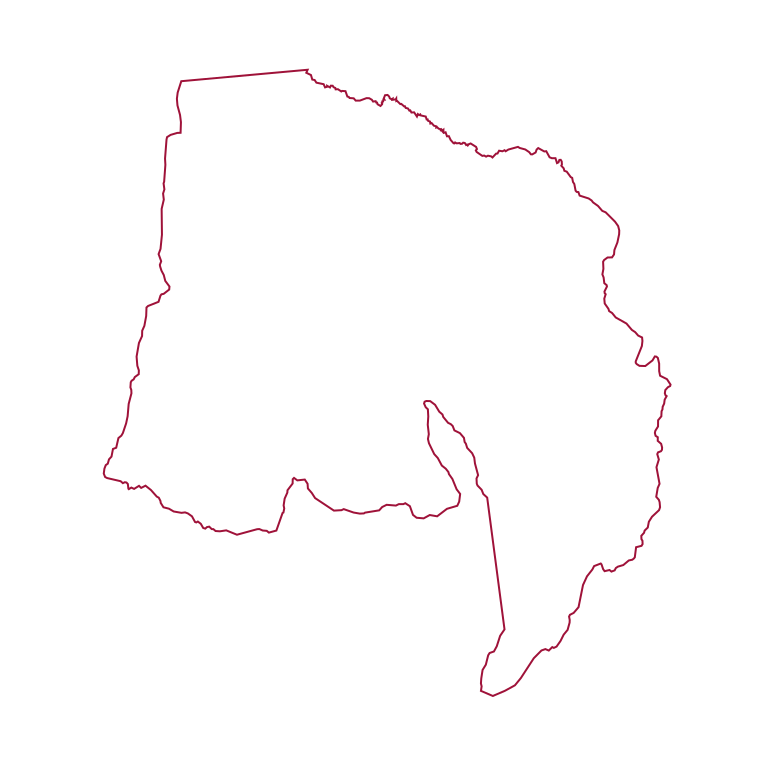 Santa Victoria, Salta, Argentina (Equal Earth projection), rotated 356°
{"feature_id": "61730980B62992861219638", "entity_name": "Santa Victoria", "entity_type": "district", "adm_level": 2, "iso_a3": "ARG", "parent_name": "Argentina", "parent_adm1": "Salta", "projection": "equal_earth", "projection_center": [-64.86, -22.445], "detail": "fine", "context": "isolated", "style": "outline", "palette": "rose", "viewbox_px": 768, "rotation_deg": 356, "n_neighbors": 0, "source": "geoboundaries", "source_scale": "gbopen_adm2", "svg_char_len": 6125}
<svg xmlns="http://www.w3.org/2000/svg" viewBox="0 0 768 768"><g transform="rotate(356 384 384)"><path d="M665.1,415.8L664.1,415.0L663.5,412.8L664.2,409.7L667.0,407.0L669.3,406.0L669.8,404.6L666.6,398.9L660.0,395.0L659.4,390.4L659.9,382.9L659.0,377.1L657.6,375.7L656.1,375.4L653.5,379.2L645.9,384.3L640.1,383.7L637.5,381.8L636.6,380.4L636.7,379.0L643.9,364.1L644.8,359.1L644.7,355.6L640.9,353.4L638.2,349.8L635.0,347.3L630.1,340.6L619.8,333.8L616.5,329.1L613.7,327.0L613.1,324.6L609.8,319.1L609.7,314.2L611.4,309.9L610.5,308.8L610.4,307.1L613.2,302.3L613.0,300.9L610.8,298.8L610.5,293.0L609.5,289.9L610.9,284.5L611.1,277.3L612.2,275.7L615.8,273.4L620.3,273.6L622.5,270.8L623.2,266.4L626.7,259.1L629.0,251.0L629.4,247.2L628.6,242.8L625.8,238.2L617.1,228.2L613.8,226.5L609.9,221.3L605.2,217.4L603.9,215.4L601.1,213.2L592.3,209.7L591.3,206.1L589.6,205.8L588.6,204.5L587.8,197.8L586.6,195.6L586.1,191.5L584.7,190.6L581.1,184.9L578.8,183.9L578.3,181.4L576.1,178.6L576.8,177.4L576.8,174.4L575.9,172.7L574.6,172.7L573.5,175.1L572.0,175.7L570.8,170.7L567.3,170.5L565.0,169.4L562.1,163.1L560.1,163.2L554.3,159.4L552.6,160.8L551.4,163.6L547.9,165.3L546.5,165.1L545.1,162.9L541.3,159.9L535.8,158.0L534.2,156.8L524.4,158.8L521.6,160.3L520.6,159.2L518.4,160.1L515.1,159.3L513.3,162.0L511.9,162.0L508.0,165.6L506.8,164.4L503.6,163.5L501.7,164.3L499.9,163.1L498.0,163.3L492.6,159.0L491.9,157.4L493.1,156.1L492.4,153.9L487.2,150.1L485.3,150.7L484.2,151.9L483.5,150.9L482.6,151.3L481.4,149.2L479.8,148.8L478.6,149.8L477.0,149.8L476.3,148.9L473.3,149.0L471.8,148.0L471.1,148.9L470.2,148.7L467.5,145.2L466.0,141.3L464.1,141.3L463.0,137.2L461.1,137.7L460.1,136.3L460.9,136.1L461.0,134.6L460.1,135.3L459.4,134.4L459.1,135.2L458.3,135.0L458.1,133.7L456.3,133.1L454.9,131.5L454.0,131.8L454.1,130.6L451.8,129.8L449.7,127.0L448.4,127.4L448.2,125.4L446.3,124.5L446.0,123.1L445.0,123.1L444.3,120.1L439.3,118.6L439.0,117.6L437.8,118.2L436.6,117.1L435.5,119.5L433.0,115.1L430.3,115.1L429.3,112.9L428.4,113.1L427.1,110.8L424.9,110.1L424.2,108.4L423.5,108.5L420.8,105.8L419.8,105.9L416.7,102.4L416.0,102.6L416.1,100.1L415.5,100.9L412.1,101.1L412.4,100.0L411.4,100.5L409.7,99.4L409.2,97.6L407.7,95.9L405.2,96.0L403.7,99.1L404.3,100.4L403.2,100.3L402.9,101.8L402.0,102.0L402.1,103.2L401.4,103.5L401.6,104.8L399.9,106.4L397.1,104.5L396.7,102.8L395.9,102.7L395.4,101.3L392.8,101.5L391.7,99.6L389.2,97.9L386.5,97.6L379.7,99.6L375.5,99.3L373.7,96.9L369.6,96.3L368.8,95.1L367.5,94.7L366.0,89.2L362.6,88.7L361.8,89.2L358.6,86.7L356.3,86.7L356.1,85.3L354.4,84.4L353.6,82.9L351.8,82.7L350.8,84.4L348.1,82.6L348.1,83.5L345.9,84.0L344.7,80.7L337.6,78.7L336.0,75.9L333.7,75.3L332.7,70.7L328.2,68.1L329.7,65.2L202.9,67.8L198.5,78.9L197.3,85.0L197.4,91.7L199.3,101.4L199.7,108.6L198.6,119.2L195.3,119.1L188.5,120.6L184.8,122.6L184.1,125.0L181.3,143.8L181.2,150.1L178.8,166.8L178.1,168.5L178.5,174.5L176.9,178.6L177.2,184.7L174.4,193.8L172.9,219.6L170.5,233.6L168.2,238.7L170.3,246.0L168.7,249.5L168.9,251.3L169.9,255.4L171.9,259.9L173.0,265.9L176.8,271.8L176.3,274.8L170.5,278.7L168.3,279.0L167.2,280.2L164.8,286.3L154.1,289.7L152.4,291.1L151.5,299.6L149.0,309.3L146.5,314.0L146.0,319.3L142.4,326.0L139.1,339.4L139.2,348.6L140.4,353.3L140.0,357.1L135.9,359.7L134.6,361.9L132.5,363.1L131.5,364.6L130.8,369.7L131.5,372.3L131.4,375.7L127.9,386.1L126.0,398.3L124.0,405.3L120.1,414.7L118.4,417.2L115.3,419.4L112.4,428.9L109.1,429.9L107.1,437.4L104.4,440.0L102.9,444.2L100.8,445.5L99.2,448.9L98.2,453.8L99.3,457.3L101.2,458.5L114.5,462.6L116.6,464.7L118.6,463.9L120.2,464.3L121.5,465.9L121.7,470.6L122.1,471.1L124.7,469.7L127.4,471.2L132.5,468.5L134.5,470.7L139.0,468.8L144.1,473.5L149.5,480.5L151.4,481.7L152.8,485.0L153.0,487.1L155.4,491.6L160.8,493.4L165.3,496.5L173.0,498.4L176.6,498.2L179.3,499.4L183.2,502.6L185.9,508.5L187.1,509.0L188.7,508.2L191.5,510.7L193.6,515.0L195.6,515.8L197.4,514.4L199.7,514.1L202.0,516.7L203.7,516.9L205.7,518.9L210.0,519.5L216.4,519.0L226.8,524.1L247.3,520.0L249.5,520.0L252.8,521.7L256.8,522.3L258.8,524.2L266.4,522.7L273.8,505.6L274.7,505.2L275.8,501.2L275.4,498.1L276.9,491.4L280.0,485.6L280.3,483.3L285.9,476.9L286.3,472.6L287.7,471.4L290.8,474.1L298.3,473.8L300.8,478.2L300.8,482.9L304.4,487.7L307.3,493.0L325.2,506.8L332.8,506.9L335.1,506.0L344.7,510.1L350.8,511.6L354.9,511.7L356.1,511.0L370.4,509.7L373.6,506.6L378.2,504.7L387.4,506.1L390.3,504.9L394.9,505.2L396.9,504.4L401.3,507.7L403.8,516.6L407.2,519.7L414.2,520.8L420.5,517.9L427.8,519.7L438.1,512.9L448.6,510.6L450.8,506.6L452.3,499.0L449.1,494.1L445.6,483.5L442.5,478.4L442.1,476.3L439.7,472.8L436.0,469.4L432.5,461.6L429.2,457.4L424.7,446.2L424.0,441.9L425.2,437.2L424.8,427.7L425.9,419.5L426.0,412.3L424.0,410.1L422.6,406.3L423.3,404.5L425.0,403.9L428.9,404.3L433.5,408.3L437.2,415.5L440.2,418.5L440.8,421.0L445.2,427.2L447.8,428.7L449.6,430.7L451.0,435.2L456.3,438.3L460.0,443.3L460.4,447.5L461.5,449.2L462.5,453.5L467.1,459.2L468.9,463.8L469.2,469.6L471.5,481.5L469.7,484.7L469.6,489.9L470.2,491.8L474.0,496.3L475.4,500.7L479.0,504.5L487.1,637.2L482.3,643.3L478.2,653.5L475.0,658.5L470.6,659.7L469.0,661.9L466.0,671.1L462.4,676.1L460.5,684.5L459.8,689.5L460.3,692.4L459.3,696.9L470.8,702.8L483.2,698.5L493.6,693.7L500.0,686.9L514.3,668.0L522.5,660.8L526.5,659.7L529.8,661.4L533.5,658.2L535.0,659.1L537.8,658.0L542.2,652.6L545.8,646.5L550.0,642.1L552.5,635.0L552.8,632.4L552.4,628.9L553.4,627.2L557.2,625.6L562.5,620.2L568.5,598.4L573.1,590.0L578.9,583.6L580.9,580.3L587.7,578.2L588.4,579.1L589.7,584.0L591.0,586.1L596.0,585.3L597.8,587.0L601.1,586.0L602.4,583.8L604.6,582.5L610.1,581.3L615.9,577.1L619.5,576.6L621.1,575.5L622.1,574.4L624.1,564.4L629.6,563.4L630.8,561.7L630.9,558.4L630.0,556.7L630.1,553.4L633.0,550.6L633.8,548.4L637.1,545.6L638.6,539.9L642.1,535.1L649.6,529.0L650.8,526.2L650.7,521.1L650.1,518.7L647.7,515.5L649.8,506.8L651.9,502.8L650.0,486.0L652.9,478.5L651.7,473.0L652.6,471.3L655.6,470.4L656.7,469.0L657.0,466.8L656.3,463.0L653.1,459.8L653.4,456.2L651.3,454.6L650.8,451.7L651.4,449.6L654.4,445.5L654.9,439.3L658.4,435.6L659.0,430.5L660.0,428.8L660.4,426.2L662.1,423.1L662.9,419.2L665.1,415.8Z" fill="none" stroke="#9f1239" stroke-width="2"/></g></svg>